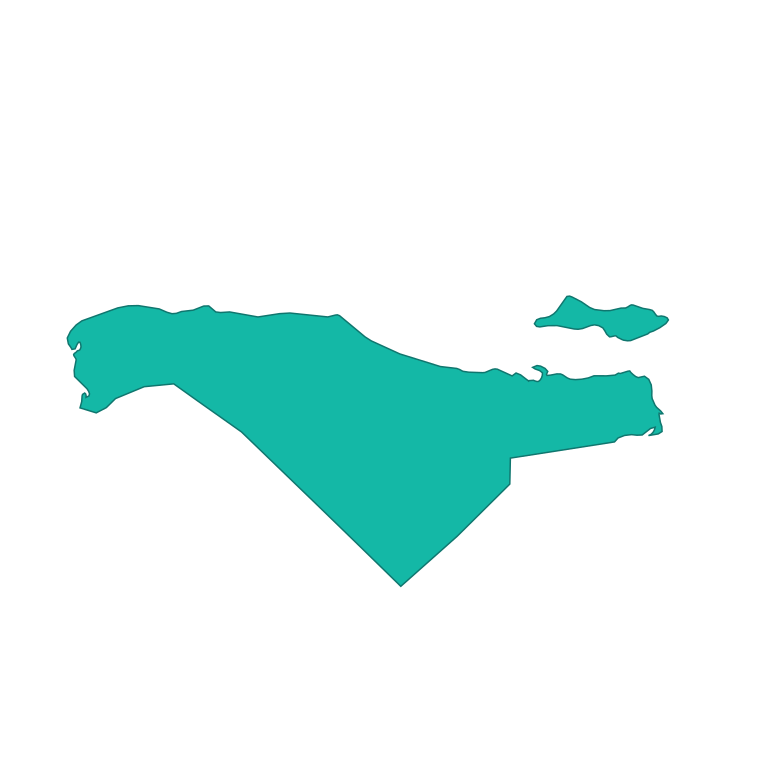 Ash Sharqiyah South, Albers equal-area conic projection, rotated 244°
{"feature_id": "OMN-2406", "entity_name": "Ash Sharqiyah South", "entity_type": "Region", "adm_level": 1, "iso_a3": "OMN", "parent_name": "Oman", "parent_adm1": "", "projection": "albers", "projection_center": [58.929, 21.395], "detail": "fine", "context": "isolated", "style": "filled", "palette": "teal", "viewbox_px": 768, "rotation_deg": 244, "n_neighbors": 0, "source": "natural_earth", "source_scale": "10m", "svg_char_len": 2884}
<svg xmlns="http://www.w3.org/2000/svg" viewBox="0 0 768 768"><g transform="rotate(244 384 384)"><path d="M495.8,100.3L500.7,104.6L505.6,107.4L506.8,108.5L507.1,111.0L505.8,111.5L504.0,111.1L502.6,110.3L502.6,113.5L504.2,115.0L506.8,115.3L509.9,115.0L526.4,109.2L532.1,111.5L540.8,118.0L542.1,118.1L545.4,117.7L546.6,118.0L547.2,119.1L547.6,121.5L548.2,122.7L548.2,123.4L547.9,124.4L548.1,125.8L549.6,127.5L550.6,128.1L552.0,128.6L553.4,128.9L554.8,129.0L555.5,127.9L554.1,125.4L551.0,121.8L551.9,118.7L554.1,118.6L558.4,117.9L564.2,119.5L568.8,125.4L572.0,133.2L573.2,140.1L569.1,178.1L566.4,188.3L562.2,197.5L550.0,214.9L543.6,220.4L540.1,224.3L538.5,228.4L537.9,233.8L534.0,244.9L533.1,256.1L531.0,260.7L522.5,264.4L519.9,268.4L516.4,276.9L499.5,300.1L493.0,321.0L489.0,330.6L468.9,362.9L467.3,370.4L466.6,372.4L464.9,374.0L434.5,387.7L428.3,391.5L404.1,411.4L375.0,442.3L366.1,456.2L363.9,458.3L360.9,460.4L357.5,465.3L350.9,477.7L350.1,479.8L349.6,488.0L348.9,490.4L347.6,492.4L335.1,502.7L336.0,507.5L332.3,510.8L323.2,515.3L323.5,515.7L321.8,520.0L321.6,520.1L320.1,521.5L319.1,522.7L318.6,524.0L319.1,526.1L320.5,528.3L322.4,530.1L324.6,531.3L327.8,529.8L331.4,526.3L333.8,524.9L333.5,529.6L331.4,532.6L327.4,535.6L323.5,536.7L321.5,534.3L320.2,534.3L319.0,537.5L317.3,543.8L315.6,547.1L313.9,548.6L309.1,551.4L306.7,553.5L304.0,558.0L301.6,563.9L299.9,570.3L299.3,576.4L293.8,587.5L290.7,595.6L291.0,599.4L289.8,601.1L288.6,608.8L288.0,610.6L286.2,610.9L283.3,612.0L280.3,613.5L278.3,615.3L276.8,621.5L272.1,624.0L266.0,623.8L260.3,621.7L256.2,619.6L253.3,618.6L246.2,618.3L243.5,618.8L238.3,620.9L235.1,621.6L235.8,619.5L237.1,618.5L236.0,617.8L228.3,615.6L224.0,615.1L219.4,613.1L218.9,608.6L221.7,599.1L221.7,602.0L222.6,604.6L224.2,606.9L226.3,608.8L227.2,604.1L225.0,593.7L227.1,588.9L230.0,584.3L232.3,577.7L232.9,570.8L230.9,565.8L262.0,465.1L238.9,453.2L215.1,383.1L194.8,310.4L250.4,290.5L304.9,270.8L355.4,252.4L403.4,234.9L449.9,209.4L476.3,195.1L486.7,167.3L488.6,136.3L484.5,124.1L484.2,112.7L495.8,100.3ZM372.1,562.2L372.6,567.2L373.9,571.1L380.6,583.3L382.5,586.8L381.6,589.4L379.7,591.2L371.4,597.4L362.6,602.4L358.6,605.9L353.4,613.9L350.9,619.3L348.3,630.4L346.4,634.4L346.4,637.0L346.7,639.3L346.7,640.9L345.8,642.5L338.5,649.8L334.6,655.2L332.6,657.4L330.6,658.1L327.9,658.5L325.4,659.1L324.4,660.5L323.6,663.0L321.7,665.6L319.3,667.5L316.9,667.7L315.7,665.6L314.8,663.8L313.7,656.6L313.5,649.4L314.0,645.4L313.9,645.2L313.4,643.0L314.9,624.7L316.1,621.8L318.4,618.5L319.6,617.4L323.5,614.4L325.2,613.8L325.6,613.4L326.0,612.9L327.0,608.6L327.5,607.4L331.2,606.0L334.8,605.8L338.5,605.3L342.3,602.6L344.1,600.2L344.9,599.1L345.7,596.2L345.9,595.7L346.8,586.8L348.1,582.5L350.1,579.0L360.6,565.2L364.6,556.8L367.0,549.1L368.9,546.4L372.2,545.6L374.8,549.4L374.5,553.4L373.0,557.6L372.1,562.2Z" fill="#14b8a6" stroke="#0f766e" stroke-width="1.5"/></g></svg>